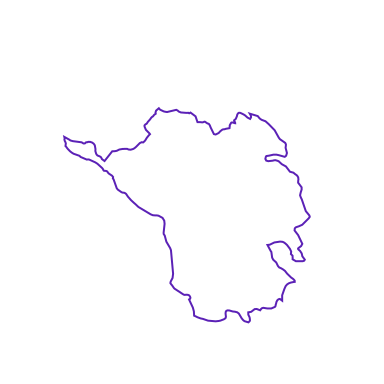 SVG path tracing the border of Santander, rotated 305°
{"feature_id": "COL-1317", "entity_name": "Santander", "entity_type": "Department", "adm_level": 1, "iso_a3": "COL", "parent_name": "Colombia", "parent_adm1": "", "projection": "robinson", "projection_center": [-73.442, 6.936], "detail": "fine", "context": "isolated", "style": "outline", "palette": "violet", "viewbox_px": 384, "rotation_deg": 305, "n_neighbors": 0, "source": "natural_earth", "source_scale": "10m", "svg_char_len": 4823}
<svg xmlns="http://www.w3.org/2000/svg" viewBox="0 0 384 384"><g transform="rotate(305 192 192)"><path d="M179.6,103.3L181.1,105.3L181.8,106.0L182.7,106.8L185.1,108.1L187.5,110.5L189.8,113.6L190.2,114.3L190.3,114.8L190.3,115.2L190.4,115.6L191.4,117.4L192.2,118.1L193.6,119.2L195.0,119.8L196.9,120.3L202.2,121.2L204.0,122.3L204.5,123.5L205.5,123.8L207.3,124.1L210.6,123.9L213.5,124.1L215.3,124.4L215.6,123.5L216.5,118.6L218.1,116.0L218.9,115.1L219.6,114.9L220.8,115.1L221.2,115.3L221.7,115.6L222.3,115.7L224.1,115.6L227.3,116.0L229.4,116.0L230.5,116.2L231.1,116.4L231.4,116.6L231.9,116.7L233.1,116.7L233.7,116.8L235.3,117.4L236.2,116.5L238.1,115.9L241.6,116.8L241.3,117.8L241.2,118.3L241.2,119.0L241.8,122.6L242.4,124.1L243.2,125.7L250.3,132.0L250.5,133.6L250.3,135.0L250.8,137.3L253.7,142.2L254.8,143.6L254.8,144.3L254.9,144.6L256.2,145.2L256.0,151.5L252.4,156.4L253.8,158.5L254.2,159.1L254.8,160.3L255.2,160.8L255.8,161.3L256.7,161.8L257.0,162.4L257.0,163.2L257.0,164.9L257.1,165.7L257.4,166.3L257.4,166.9L256.8,168.4L255.6,170.2L252.0,176.7L252.6,178.3L253.0,178.6L255.6,180.0L257.9,180.3L260.3,181.0L261.1,181.5L262.1,182.7L263.2,183.5L265.8,186.1L267.5,185.2L268.2,184.7L268.7,184.6L269.9,184.5L270.6,184.4L271.3,184.4L271.9,184.8L272.4,185.9L272.9,187.5L273.1,187.9L273.6,187.5L273.9,187.0L274.3,186.0L274.5,185.6L275.0,185.4L275.5,185.5L276.3,185.8L277.1,185.9L279.9,185.3L281.0,184.8L281.6,184.7L282.4,184.6L283.2,184.7L283.8,185.0L284.4,185.9L284.7,187.1L285.1,189.7L285.2,191.5L284.8,194.8L285.2,197.7L287.1,197.5L287.6,197.1L288.3,196.4L288.6,195.9L289.3,194.4L291.9,202.3L291.2,204.7L291.0,206.1L291.1,207.8L292.1,211.6L291.6,215.9L290.0,224.3L286.3,231.9L285.7,233.7L285.7,240.2L284.9,241.6L283.8,242.3L281.9,243.3L278.4,247.4L275.7,248.3L274.0,247.8L272.0,242.1L271.0,239.7L269.3,237.3L266.0,234.3L264.1,232.3L263.2,232.3L261.2,233.1L260.3,234.8L261.0,236.8L264.0,240.2L265.0,241.0L265.9,242.1L266.5,243.8L266.9,245.3L266.3,249.6L266.8,254.3L264.8,260.6L266.0,264.0L265.8,266.1L265.8,268.2L265.5,269.3L264.9,270.6L263.3,272.0L262.2,272.5L260.5,273.6L258.7,279.1L256.9,280.4L254.0,281.3L251.3,282.4L250.0,284.2L248.9,286.2L241.6,296.2L240.1,301.6L239.2,302.7L237.4,302.7L228.4,301.1L225.2,299.2L222.8,297.4L221.7,297.1L221.1,297.1L219.3,298.1L217.6,303.6L212.8,312.1L210.3,312.4L207.0,311.3L206.4,311.4L206.0,311.9L205.7,314.4L204.6,317.1L202.6,319.3L201.3,323.2L200.1,323.3L198.8,322.4L194.9,316.8L194.6,313.0L195.4,312.5L197.5,310.9L197.6,310.4L197.9,308.6L200.1,307.4L201.6,304.8L203.1,300.2L203.4,297.9L203.4,296.0L203.1,294.7L201.9,292.6L197.9,288.4L193.4,285.9L191.9,284.2L188.8,290.3L188.4,291.4L184.2,295.3L183.1,297.4L182.6,301.4L180.7,304.8L180.2,306.7L180.6,308.5L180.8,310.8L180.7,313.4L179.7,316.7L178.8,322.2L178.8,324.6L178.6,325.8L178.3,326.9L177.3,327.7L176.4,326.7L174.5,324.9L172.8,323.7L170.8,322.9L168.6,322.7L165.5,323.3L159.1,325.1L154.7,328.2L154.8,325.3L154.2,324.7L153.2,324.2L152.2,324.0L150.5,324.2L148.5,325.0L147.7,325.2L146.6,325.8L145.4,325.8L142.0,323.7L139.8,320.5L138.0,316.8L137.0,316.0L136.0,315.7L134.2,315.7L133.3,312.1L132.0,310.5L127.8,309.2L125.7,307.1L123.8,308.5L122.4,311.0L121.1,312.3L119.9,313.2L119.2,313.3L117.6,313.0L116.3,309.1L116.4,307.4L117.0,305.2L119.3,300.1L119.4,298.1L118.6,295.9L117.5,293.9L116.4,290.6L115.5,289.1L114.4,288.3L113.1,288.4L111.7,289.2L109.2,291.4L107.9,291.8L106.9,291.5L106.0,291.1L105.2,290.6L104.4,290.0L103.0,289.1L101.7,287.9L99.6,285.5L95.8,278.9L94.3,273.7L93.4,271.6L92.5,268.2L92.4,267.2L91.9,264.7L95.3,262.0L97.8,259.0L102.3,251.2L103.4,251.7L104.4,251.4L105.2,250.4L105.7,249.0L105.5,247.9L104.9,246.7L103.3,244.7L103.1,243.3L102.8,233.1L103.0,232.2L104.2,229.0L104.4,228.0L105.0,226.5L106.5,225.9L110.4,225.4L114.2,223.4L132.2,208.2L133.5,206.3L136.6,199.5L140.7,194.6L141.3,193.0L142.2,192.2L150.2,187.8L152.6,185.7L153.9,182.7L153.4,178.2L152.6,176.5L151.5,174.9L150.5,173.2L150.0,170.9L149.0,156.7L149.7,151.9L149.7,151.5L150.3,146.9L151.4,142.3L152.6,139.2L152.7,138.1L152.5,136.9L151.6,135.3L151.4,134.3L151.4,129.9L151.9,128.2L157.4,120.5L157.7,119.4L159.0,118.8L159.5,117.1L159.4,113.3L159.6,112.3L160.0,111.3L160.2,110.2L159.8,109.2L158.9,107.7L159.1,106.8L159.7,105.9L160.1,104.6L160.9,98.3L160.8,95.8L159.6,89.2L159.1,88.2L158.2,87.2L156.8,80.6L157.1,79.1L155.4,73.0L155.3,70.9L155.4,68.8L156.1,65.3L157.1,62.3L157.1,62.0L159.0,61.0L159.4,60.8L160.3,59.6L160.9,58.4L161.8,57.4L162.8,57.0L163.9,55.8L164.5,61.4L164.5,62.9L165.3,65.2L169.4,73.1L169.5,75.2L169.9,75.8L170.3,76.3L170.7,76.5L171.5,76.6L171.9,76.7L172.2,77.0L172.9,77.9L173.4,78.1L174.0,78.8L174.2,79.3L174.6,79.7L175.2,81.7L175.2,83.7L174.5,85.6L171.8,88.3L170.5,89.1L170.0,89.5L168.4,91.5L167.9,92.6L167.7,93.7L168.1,95.3L168.3,96.4L168.3,97.4L167.7,98.7L167.3,99.3L167.2,102.6L179.6,103.3Z" fill="none" stroke="#5b21b6" stroke-width="2"/></g></svg>